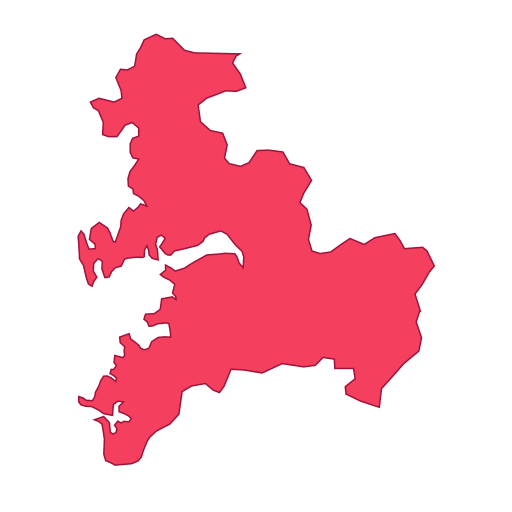 Changwon-si, South Gyeongsang, South Korea, rotated 93°
{"feature_id": "91817680B26152541530210", "entity_name": "Changwon-si", "entity_type": "district", "adm_level": 2, "iso_a3": "KOR", "parent_name": "South Korea", "parent_adm1": "South Gyeongsang", "projection": "mercator", "projection_center": [128.624, 35.222], "detail": "fine", "context": "isolated", "style": "filled", "palette": "rose", "viewbox_px": 512, "rotation_deg": 93, "n_neighbors": 0, "source": "geoboundaries", "source_scale": "gbopen_adm2", "svg_char_len": 3906}
<svg xmlns="http://www.w3.org/2000/svg" viewBox="0 0 512 512"><g transform="rotate(93 256 256)"><path d="M302.2,89.1L285.7,95.2L276.0,88.7L263.1,82.2L256.6,77.4L242.0,85.5L238.6,90.1L240.9,108.1L232.6,113.3L226.3,118.5L231.5,138.2L238.8,148.6L233.6,163.1L239.8,171.4L248.1,181.7L250.2,192.1L248.1,200.4L236.7,204.5L222.2,202.5L206.6,207.6L200.4,214.9L191.1,211.8L177.6,204.5L165.2,212.8L162.1,227.3L150.7,234.6L149.6,249.1L150.7,260.5L163.1,267.8L167.3,276.1L165.2,287.5L160.0,292.6L146.5,290.6L135.1,295.7L133.1,308.2L124.8,318.5L108.2,321.7L100.9,313.4L92.6,294.7L92.6,284.3L88.5,275.0L75.0,281.2L64.6,289.5L57.4,286.4L55.0,282.8L56.4,327.9L54.3,338.2L42.9,350.7L43.9,357.9L39.8,367.3L46.0,379.0L54.5,382.4L60.5,385.8L72.8,387.1L77.0,394.3L76.6,401.1L85.1,405.3L97.8,399.4L105.5,398.1L109.7,405.8L106.7,421.0L110.4,428.4L111.0,429.5L116.5,426.1L119.1,421.0L130.5,415.5L142.8,415.5L144.5,409.6L144.1,401.1L132.2,393.5L129.2,386.7L134.3,379.9L142.4,379.4L145.0,385.4L150.5,387.5L159.0,387.1L164.5,384.1L165.3,378.2L172.6,382.4L178.1,386.2L185.3,387.9L192.9,387.1L195.5,382.4L200.1,381.6L202.3,376.5L206.5,370.9L212.0,367.6L209.9,373.9L213.7,376.5L217.6,380.7L214.2,385.4L220.9,390.5L227.7,392.6L233.7,392.6L243.9,395.6L249.4,397.3L249.0,399.4L240.1,403.2L235.8,405.8L230.7,414.3L237.1,421.9L248.1,423.2L252.8,417.2L257.0,416.8L257.9,423.2L251.1,426.1L243.0,429.1L240.1,432.1L245.6,434.6L259.6,432.9L268.1,432.1L274.4,427.8L286.3,424.4L292.7,421.9L294.8,418.1L290.2,416.8L285.5,413.8L279.5,417.7L271.9,417.7L266.8,413.4L269.3,409.2L277.0,409.2L285.5,405.8L284.6,401.5L279.1,399.4L274.9,395.6L273.2,390.1L266.0,387.1L264.7,383.3L263.4,375.2L263.4,369.7L262.6,367.6L255.8,367.6L251.5,365.4L256.6,363.3L260.4,362.9L263.8,359.5L265.1,353.5L254.9,354.8L249.4,356.9L242.6,355.7L240.1,351.8L243.0,347.6L249.4,351.0L251.9,352.7L258.3,346.8L259.6,344.2L259.6,341.2L255.3,337.8L252.4,327.6L249.8,319.2L248.5,314.9L244.3,309.8L240.5,308.1L236.7,303.9L232.8,292.4L235.8,286.0L245.6,277.5L249.0,273.7L251.9,270.3L257.5,268.2L268.5,268.2L263.8,272.5L257.9,275.0L254.9,277.1L254.9,287.3L255.8,291.6L257.5,305.1L264.7,316.6L268.1,321.7L271.9,326.8L275.3,336.1L272.3,340.4L269.8,345.9L274.9,345.5L279.5,350.6L282.1,346.8L284.6,340.8L288.5,335.7L297.4,337.4L300.8,334.0L303.7,333.6L301.2,337.4L303.7,348.0L309.3,348.4L314.4,348.9L319.0,354.8L319.9,363.3L325.0,364.6L327.5,361.2L331.8,359.1L331.3,355.7L328.8,350.6L327.5,342.1L327.9,339.5L337.3,337.4L341.5,337.0L341.5,342.9L342.4,349.3L344.5,352.3L347.0,355.7L353.8,358.2L355.5,362.5L354.3,366.3L351.7,368.0L349.6,370.5L345.3,376.9L340.2,378.6L344.1,387.9L349.6,387.1L353.4,382.4L357.7,382.8L362.3,382.0L364.4,383.7L362.7,391.8L370.0,392.2L372.5,389.6L376.8,392.2L376.8,394.7L381.0,395.6L382.7,392.2L385.2,388.8L388.6,389.6L385.2,394.3L383.6,398.5L384.0,401.9L388.6,404.5L394.2,406.2L400.5,409.2L404.8,409.6L409.0,411.7L409.0,418.1L406.9,421.0L405.6,425.7L411.1,425.3L413.7,423.2L415.0,418.1L415.0,412.1L418.4,404.5L421.3,400.2L422.2,394.7L422.6,390.9L417.1,390.9L411.6,390.5L408.2,386.2L408.6,380.7L413.3,385.0L418.8,384.5L420.1,379.9L422.2,375.2L424.7,372.2L428.1,373.9L428.1,379.4L429.8,382.0L428.1,385.4L432.4,388.4L435.8,385.8L439.6,386.7L441.3,389.6L439.6,392.2L435.3,393.0L430.7,393.5L428.6,395.1L424.3,399.8L428.0,408.8L429.5,404.4L432.0,401.0L437.5,399.7L446.7,397.8L454.3,397.7L461.9,397.6L468.2,395.4L469.8,390.8L472.2,385.7L469.9,369.3L466.8,363.0L463.0,360.1L455.4,358.1L446.5,354.9L442.2,352.4L436.3,346.6L430.5,337.2L429.8,335.7L428.4,333.3L418.1,324.8L395.3,322.7L389.1,313.4L386.0,299.9L392.2,291.6L394.3,285.4L388.0,281.2L370.4,275.0L370.4,262.6L372.5,243.9L362.1,224.2L364.2,202.5L362.1,191.1L353.8,183.8L354.9,172.4L364.2,171.4L363.2,152.7L373.5,150.6L381.8,160.0L389.1,158.9L395.3,144.4L400.6,125.0L381.8,123.7L370.4,114.4L355.9,103.0L342.4,88.4L329.0,86.4L313.4,92.6L302.0,89.5L302.2,89.1Z" fill="#f43f5e" stroke="#9f1239" stroke-width="1.5"/></g></svg>